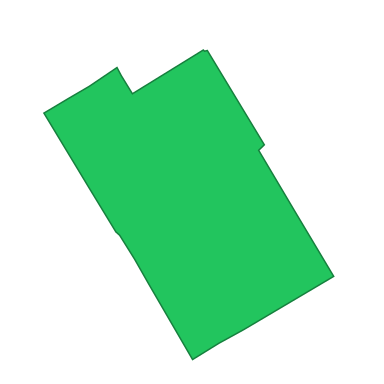 Aitkin, Minnesota, United States of America, rotated 149°
{"feature_id": "52423323B37337863606153", "entity_name": "Aitkin", "entity_type": "district", "adm_level": 2, "iso_a3": "USA", "parent_name": "United States of America", "parent_adm1": "Minnesota", "projection": "mercator", "projection_center": [-93.376, 46.592], "detail": "fine", "context": "isolated", "style": "filled", "palette": "green", "viewbox_px": 384, "rotation_deg": 149, "n_neighbors": 0, "source": "geoboundaries", "source_scale": "gbopen_adm2", "svg_char_len": 430}
<svg xmlns="http://www.w3.org/2000/svg" viewBox="0 0 384 384"><g transform="rotate(149 192 192)"><path d="M277.8,48.1L247.0,48.5L218.4,47.4L114.0,46.7L113.8,122.6L113.4,193.4L105.7,195.2L106.0,305.4L108.7,306.2L109.2,307.9L192.5,306.9L192.7,328.2L192.2,337.3L225.8,335.5L249.8,335.8L278.3,335.9L278.1,249.8L277.8,196.9L276.3,192.2L275.8,164.2L276.5,134.7L277.8,48.1Z" fill="#22c55e" stroke="#15803d" stroke-width="1.5"/></g></svg>